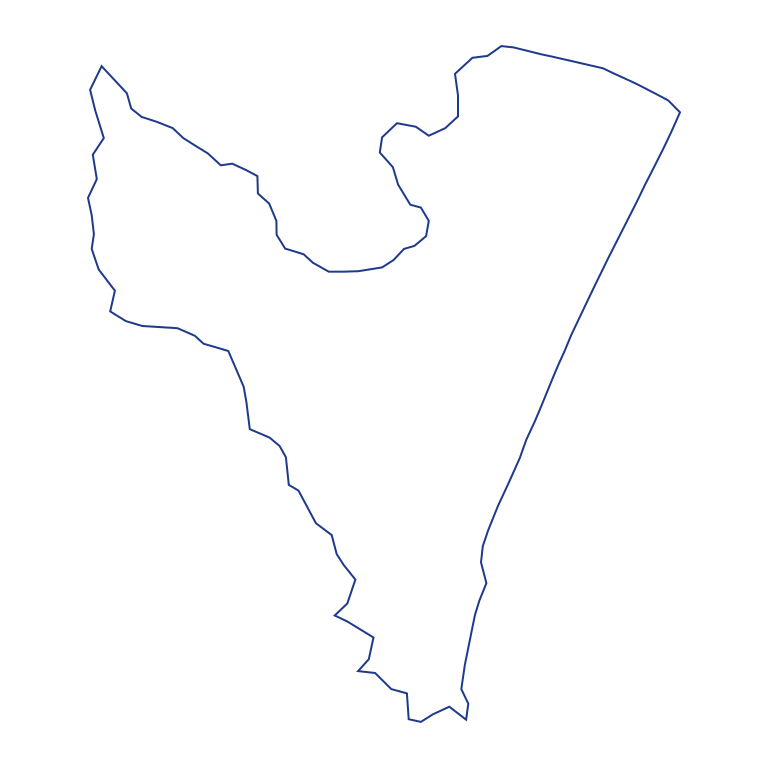 Matinhos, Paraná, Brazil
{"feature_id": "56859067B19648213894292", "entity_name": "Matinhos", "entity_type": "district", "adm_level": 2, "iso_a3": "BRA", "parent_name": "Brazil", "parent_adm1": "Paraná", "projection": "natural_earth1", "projection_center": [-48.56, -25.776], "detail": "fine", "context": "isolated", "style": "outline", "palette": "blue", "viewbox_px": 768, "rotation_deg": 0, "n_neighbors": 0, "source": "geoboundaries", "source_scale": "gbopen_adm2", "svg_char_len": 1674}
<svg xmlns="http://www.w3.org/2000/svg" viewBox="0 0 768 768"><path d="M408.7,719.2L420.9,721.9L432.9,714.3L449.3,706.7L466.1,719.7L468.3,703.7L461.3,689.1L464.9,664.6L470.6,636.4L474.9,615.2L479.4,600.5L486.4,583.2L481.0,562.3L482.8,546.2L488.2,530.2L497.9,506.1L509.0,482.2L519.8,458.0L526.4,439.5L534.5,422.1L540.4,408.3L552.6,378.4L558.2,365.1L564.5,351.3L571.1,335.3L580.8,314.9L587.8,300.2L594.8,285.6L608.1,258.4L626.0,223.1L637.0,201.4L644.7,185.4L654.4,166.4L664.1,147.1L671.8,130.8L680.0,112.3L668.2,100.4L653.8,92.8L637.5,84.4L625.3,78.7L614.5,73.8L603.0,68.3L551.2,56.4L540.8,54.2L513.5,47.4L501.3,46.1L487.5,55.9L472.4,57.8L455.0,73.8L458.0,95.5L458.0,116.4L445.3,128.1L428.8,135.7L415.7,126.7L397.0,123.2L382.1,137.3L379.8,152.5L392.9,167.2L398.1,184.6L410.3,204.7L420.9,207.6L428.8,220.9L426.1,236.1L414.4,245.9L404.0,248.9L393.6,260.0L382.1,267.4L358.4,271.2L343.2,271.7L328.8,271.7L313.0,262.8L303.7,254.3L285.2,248.6L276.6,234.8L276.4,220.9L269.2,203.6L257.9,193.5L257.4,176.1L246.3,170.2L232.3,163.7L220.8,165.3L207.7,153.3L195.3,145.7L183.3,138.1L172.7,128.1L156.7,121.8L141.6,116.9L131.2,108.5L126.9,93.3L101.6,66.2L90.1,89.8L95.3,110.7L103.8,138.1L92.8,154.7L96.8,179.1L88.0,197.9L91.7,215.2L93.9,234.2L91.7,248.9L98.7,269.5L114.9,290.7L110.2,311.4L125.8,321.1L142.3,326.0L177.5,328.2L194.9,335.8L203.5,343.7L228.3,351.0L243.7,386.8L246.4,402.1L249.8,429.2L269.6,437.6L279.6,446.0L285.9,457.2L288.8,484.9L298.5,490.6L315.9,523.2L331.7,535.1L336.7,554.1L343.7,565.0L355.4,579.6L347.3,603.5L334.7,615.5L347.3,621.5L373.5,637.5L368.8,659.2L358.1,671.1L375.1,673.0L391.3,689.1L406.9,693.4L408.7,719.2Z" fill="none" stroke="#1e3a8a" stroke-width="2"/></svg>